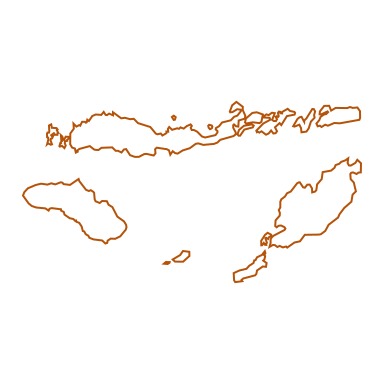 Nusa Tenggara Timur, Natural Earth projection
{"feature_id": "IDN-1235", "entity_name": "Nusa Tenggara Timur", "entity_type": "Province", "adm_level": 1, "iso_a3": "IDN", "parent_name": "Indonesia", "parent_adm1": "", "projection": "natural_earth1", "projection_center": [122.339, -9.496], "detail": "fine", "context": "isolated", "style": "outline", "palette": "amber", "viewbox_px": 384, "rotation_deg": 0, "n_neighbors": 0, "source": "natural_earth", "source_scale": "10m", "svg_char_len": 6020}
<svg xmlns="http://www.w3.org/2000/svg" viewBox="0 0 384 384"><path d="M245.3,115.7L244.9,118.6L238.7,120.5L238.3,126.6L235.9,126.2L234.0,124.4L233.2,125.2L233.2,127.7L235.7,132.4L235.7,134.4L233.4,136.1L220.3,139.8L217.5,142.5L214.0,143.9L203.3,144.9L198.4,143.4L195.8,143.8L189.8,148.2L182.8,150.4L177.6,153.6L175.1,153.1L172.7,151.2L170.3,154.7L169.0,150.4L166.8,149.2L156.7,147.7L155.1,149.3L155.5,153.3L153.7,155.5L146.6,153.9L144.2,154.1L138.8,156.9L134.9,156.9L130.1,155.2L126.1,149.1L123.9,149.5L121.5,152.5L118.0,150.8L115.7,150.8L112.2,147.4L101.5,147.8L98.4,150.0L96.0,149.9L94.1,149.5L89.8,146.1L79.5,148.9L77.3,150.4L77.7,151.7L75.8,152.6L74.9,148.5L72.1,147.6L70.2,144.3L70.3,133.5L73.8,128.7L73.5,123.6L76.4,126.6L79.2,125.1L80.2,125.7L82.1,121.8L84.9,121.8L85.9,122.7L86.7,122.3L87.3,119.7L88.9,121.0L92.3,116.0L95.8,114.5L101.3,114.9L103.7,111.9L105.6,114.9L107.0,115.1L109.1,113.6L113.0,115.3L113.0,112.3L121.2,118.3L124.9,117.8L130.2,119.2L133.8,118.8L138.0,123.1L150.3,127.0L155.8,133.6L157.4,134.3L160.8,133.5L162.4,135.5L166.4,133.2L166.4,131.5L168.2,131.7L167.9,128.9L169.2,127.0L172.1,129.8L177.2,128.3L179.0,128.8L180.5,127.4L183.7,128.6L186.7,126.1L190.6,124.4L191.8,125.9L190.7,127.8L191.7,130.0L193.9,130.0L197.2,131.7L202.0,136.5L205.2,137.5L215.5,135.1L217.5,132.4L217.4,130.9L215.7,129.5L215.9,128.1L219.2,126.1L222.0,122.5L230.8,120.3L234.1,116.8L237.4,115.6L240.9,111.1L240.7,109.7L237.2,109.2L232.5,112.1L230.2,112.3L229.8,111.6L232.2,105.3L236.4,101.9L242.8,106.8L242.7,109.9L245.3,115.7ZM312.2,192.4L315.0,191.6L316.3,190.2L317.1,184.4L321.7,179.1L322.7,172.1L331.1,170.6L334.5,167.8L335.6,165.1L339.4,163.7L341.1,161.9L345.5,160.3L348.2,158.3L347.6,163.0L348.9,165.4L350.7,165.6L355.4,162.9L357.3,159.8L361.0,163.3L360.8,172.4L358.4,172.6L356.6,174.0L353.0,172.4L351.2,172.8L350.3,174.1L350.7,179.2L353.8,182.5L355.9,191.4L352.6,194.6L351.4,201.7L344.2,208.0L339.4,214.4L338.1,217.5L328.6,224.8L325.3,230.9L320.9,234.2L318.8,234.6L304.8,234.8L300.0,241.3L294.5,242.5L287.2,247.6L286.1,246.5L282.9,247.4L279.6,245.9L277.4,247.0L275.0,245.2L273.0,244.9L269.5,246.9L270.6,243.0L270.6,239.4L271.8,237.3L273.6,235.7L284.5,230.0L285.4,228.6L284.4,227.1L281.0,225.5L278.5,225.8L276.7,227.3L275.2,226.0L275.6,220.3L279.7,215.7L279.9,213.0L278.8,210.1L280.3,207.5L280.3,201.8L281.3,199.3L285.0,196.5L287.0,193.3L290.8,191.5L297.1,183.3L298.8,182.4L299.8,182.3L303.1,187.3L304.8,187.7L307.3,184.7L309.7,184.6L312.0,188.4L312.2,192.4ZM124.0,221.4L126.1,224.8L126.5,227.1L125.8,229.6L120.3,236.3L115.2,238.8L110.7,238.6L107.6,240.7L107.2,242.9L105.4,243.5L102.2,240.5L93.5,239.4L89.4,237.8L88.3,235.7L85.7,234.2L84.2,231.4L82.8,231.0L81.7,226.6L79.2,222.8L76.6,221.9L76.0,220.5L75.3,221.0L73.3,219.0L69.7,218.2L64.5,214.6L63.8,212.0L61.1,210.6L61.0,209.3L51.6,208.1L49.5,208.8L48.6,210.6L45.4,208.4L36.2,207.5L31.8,206.0L28.6,203.4L23.0,195.6L24.3,192.2L27.9,188.3L35.7,185.0L41.1,183.7L47.4,184.6L51.3,183.3L55.2,184.4L60.7,182.3L62.5,182.7L63.5,184.1L70.0,184.9L78.6,179.0L79.3,181.1L86.0,189.8L88.9,191.0L90.8,190.2L93.3,191.8L94.1,192.8L94.7,199.5L95.6,201.3L99.7,203.0L102.1,201.0L106.9,201.2L108.5,204.7L112.4,207.1L117.3,216.6L124.0,221.4ZM360.0,111.2L360.1,117.8L359.4,119.8L339.9,123.3L334.3,123.0L327.9,125.7L325.2,124.7L321.5,127.0L319.9,125.7L317.7,126.3L316.4,123.6L319.3,120.1L320.6,116.8L324.0,114.5L326.3,114.0L328.1,112.1L327.5,111.4L321.2,114.4L319.6,114.3L319.9,111.4L324.2,105.9L329.2,105.8L331.1,110.6L335.7,107.9L347.2,108.1L350.1,107.0L352.5,107.9L357.4,107.5L360.0,111.2ZM294.4,111.9L295.1,112.9L294.6,114.6L286.9,116.1L281.3,125.1L279.6,123.1L275.0,127.3L277.0,131.3L275.6,133.2L273.4,133.5L271.1,130.5L268.6,133.5L266.0,134.7L261.5,131.3L259.3,132.6L257.8,131.7L256.9,132.2L256.3,130.7L263.3,123.5L270.3,119.7L269.6,117.8L264.0,117.5L264.6,115.7L266.4,114.4L268.7,115.1L272.0,112.7L274.8,113.2L272.1,119.8L273.7,121.0L275.9,121.1L277.0,119.2L275.6,116.8L276.6,116.2L278.1,116.9L278.7,116.1L277.9,113.0L278.8,111.6L280.1,111.8L280.4,113.2L282.1,113.4L282.2,111.9L287.7,108.8L290.1,111.0L294.4,111.9ZM263.2,260.6L266.6,263.0L266.0,266.8L262.8,266.5L257.0,270.5L256.4,273.8L255.2,275.3L243.2,278.5L241.5,280.0L242.3,281.2L235.2,282.1L234.1,280.3L233.7,273.1L239.4,270.5L246.5,268.8L249.2,265.8L253.5,263.0L254.2,260.4L255.5,260.2L257.0,257.3L262.0,254.9L264.8,251.2L265.4,253.2L264.2,255.2L265.2,256.1L264.4,259.4L263.2,260.6ZM315.1,111.4L314.1,115.2L314.6,117.7L310.9,121.6L308.7,128.4L306.4,131.6L301.5,132.3L301.0,128.0L299.3,124.7L294.5,126.6L293.2,126.2L297.5,118.9L299.6,117.3L301.5,116.8L304.2,121.8L304.3,120.5L306.5,118.3L312.3,109.0L313.8,109.1L315.1,111.4ZM262.9,114.5L261.4,121.8L259.6,123.1L252.8,122.3L246.1,123.5L245.0,122.3L245.9,118.5L252.4,112.9L256.8,112.3L262.9,114.5ZM183.0,251.0L189.3,251.8L189.4,256.0L183.1,261.7L175.0,261.6L172.7,259.5L180.1,255.1L183.0,251.0ZM56.8,130.2L58.3,133.0L57.5,133.2L57.4,134.8L55.0,134.8L53.9,133.2L51.2,135.2L52.0,136.4L53.1,136.1L52.1,138.4L50.8,138.8L50.5,140.4L52.0,144.3L50.7,144.7L48.1,143.4L47.1,144.3L48.3,139.7L48.1,137.6L47.1,137.2L47.0,133.8L47.5,132.6L49.0,132.6L49.3,131.3L49.0,125.5L51.2,124.4L51.9,127.8L56.5,128.1L57.6,129.5L56.8,130.2ZM251.9,124.4L253.7,125.6L252.8,127.4L244.3,129.6L240.1,135.7L238.6,135.7L237.5,134.3L239.0,130.0L243.9,125.8L251.9,124.4ZM267.6,232.8L271.2,234.7L271.3,235.7L268.8,237.4L268.1,239.0L266.1,237.8L265.4,238.3L266.9,242.8L266.1,243.5L266.3,244.9L265.0,244.8L263.8,242.9L262.2,245.2L261.3,245.3L261.2,240.8L265.0,234.9L267.6,232.8ZM65.7,136.7L69.4,136.9L69.3,138.0L67.0,140.0L67.2,140.8L65.0,141.3L64.8,143.2L65.7,145.6L64.4,148.1L62.1,145.9L59.9,146.6L59.4,146.1L60.2,143.6L60.9,143.4L60.5,142.6L62.3,140.8L61.3,140.4L60.9,135.2L62.3,136.5L63.1,139.1L64.2,139.6L65.7,136.7ZM209.1,124.8L211.8,125.5L212.4,126.6L211.8,128.3L210.0,129.2L208.7,127.8L208.2,125.8L209.1,124.8ZM173.8,115.7L175.7,117.2L174.9,119.7L173.7,119.9L171.9,117.0L173.8,115.7ZM165.9,262.0L169.7,262.1L169.5,262.8L167.6,264.0L163.9,263.7L165.9,262.0Z" fill="none" stroke="#b45309" stroke-width="2"/></svg>